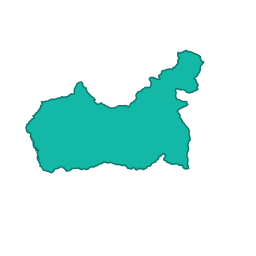 Quan Son, Thanh Hóa, Vietnam, rotated 336°
{"feature_id": "81297802B81765499113898", "entity_name": "Quan Son", "entity_type": "district", "adm_level": 2, "iso_a3": "VNM", "parent_name": "Vietnam", "parent_adm1": "Thanh Hóa", "projection": "orthographic", "projection_center": [104.801, 20.254], "detail": "fine", "context": "isolated", "style": "filled", "palette": "teal", "viewbox_px": 256, "rotation_deg": 336, "n_neighbors": 0, "source": "geoboundaries", "source_scale": "gbopen_adm2", "svg_char_len": 5794}
<svg xmlns="http://www.w3.org/2000/svg" viewBox="0 0 256 256"><g transform="rotate(336 128 128)"><path d="M223.1,92.2L222.1,90.5L221.2,89.3L215.6,83.3L215.4,83.1L213.4,83.0L213.4,81.9L213.2,81.1L212.1,80.7L209.1,80.9L205.3,80.6L204.9,80.2L204.8,79.4L204.1,79.7L203.2,81.5L203.1,82.5L202.9,83.0L202.9,83.8L203.5,85.1L201.7,86.0L200.9,86.6L200.3,88.0L200.4,89.2L198.1,90.0L195.6,91.7L193.8,91.1L193.1,92.1L191.8,92.4L191.3,91.6L189.3,90.7L188.5,90.8L187.2,90.2L185.7,90.5L183.5,89.9L182.3,89.9L181.7,90.2L181.1,91.3L180.4,92.1L179.9,92.3L177.9,92.4L177.3,92.9L177.0,93.7L177.4,95.9L176.9,96.3L175.9,96.1L175.2,95.6L174.0,94.7L172.7,93.1L171.6,92.1L170.0,91.5L169.3,91.0L168.8,91.0L167.7,91.6L167.3,92.4L167.8,95.2L167.6,96.2L166.2,98.3L165.0,99.7L163.6,99.5L160.0,97.9L159.2,98.3L156.0,98.8L155.1,99.8L152.8,99.0L151.5,99.3L149.6,100.4L148.5,101.4L148.2,103.0L148.3,103.9L146.6,105.2L145.0,105.9L144.4,105.9L143.3,106.7L142.0,106.4L140.8,106.6L138.9,108.1L137.1,108.9L136.3,107.7L134.5,106.3L133.0,106.1L130.5,104.7L128.4,103.9L125.1,104.2L123.3,103.9L121.1,103.2L119.8,102.4L119.1,101.6L117.9,100.0L117.7,99.4L116.7,98.9L115.8,97.2L114.9,96.5L113.6,94.1L112.2,94.4L109.6,94.0L108.8,92.1L108.1,90.9L107.9,89.9L108.2,89.3L109.1,89.1L109.5,88.7L109.0,88.0L109.0,86.8L107.1,83.6L106.1,80.3L105.2,78.6L105.5,77.6L105.5,76.1L105.2,75.5L105.5,75.0L106.0,74.7L104.5,72.7L104.1,71.5L104.3,69.6L104.7,68.6L104.4,67.5L103.6,66.8L101.3,66.5L99.1,67.0L97.4,68.8L96.6,69.2L95.9,70.0L94.8,70.8L94.1,71.7L93.9,72.9L93.4,73.7L93.3,74.2L92.2,74.9L91.5,74.8L89.8,73.6L88.8,74.2L87.3,74.1L86.2,74.8L85.5,74.9L83.0,74.0L81.7,73.8L81.0,73.0L80.1,72.5L78.8,72.9L75.8,72.2L73.0,72.2L69.9,70.6L69.0,70.9L67.9,70.5L66.5,70.9L65.0,70.7L63.9,70.0L62.6,70.2L59.7,68.9L59.2,71.5L58.8,72.0L57.5,72.0L56.8,73.0L56.5,73.9L55.3,74.3L54.6,75.3L53.5,75.3L51.9,76.7L49.7,77.0L48.9,77.8L46.1,78.5L46.8,79.9L45.9,80.6L45.0,81.0L44.2,80.7L43.4,81.0L42.7,81.5L40.2,82.1L39.6,82.8L39.4,83.6L37.0,83.7L36.2,85.1L35.2,85.7L34.7,87.1L34.7,88.3L34.2,89.6L34.5,90.4L34.5,91.2L35.0,91.7L35.7,91.6L35.9,92.4L36.8,93.2L36.6,94.0L36.0,95.2L36.0,96.0L35.4,96.2L35.3,96.5L35.6,97.1L35.5,97.6L35.8,97.8L35.3,98.4L35.2,99.2L35.7,99.9L35.6,100.2L36.1,100.4L36.3,101.9L35.9,101.9L35.9,102.2L35.2,102.7L35.2,103.5L35.6,103.6L35.7,104.3L34.9,104.5L34.3,105.4L34.6,105.7L34.4,106.0L34.5,107.1L34.8,107.6L34.5,107.8L35.0,108.2L34.9,108.5L35.4,108.6L35.1,109.4L35.5,109.7L35.3,110.1L36.2,109.6L36.4,109.9L36.4,110.5L35.6,111.0L36.6,111.1L36.7,111.5L37.2,112.2L36.3,112.6L35.6,112.6L35.1,113.0L35.1,114.0L34.7,114.6L34.8,115.2L34.5,115.9L34.5,117.4L34.0,117.2L33.9,117.6L33.2,117.8L34.1,119.6L32.9,119.4L32.6,119.6L33.0,121.9L32.8,123.3L33.2,124.0L32.8,125.9L32.1,127.1L33.3,128.5L33.5,130.1L33.3,130.8L33.9,132.4L35.2,133.2L35.7,133.8L38.3,135.8L38.8,136.6L39.9,137.7L40.8,137.7L42.8,136.9L43.7,136.0L45.2,135.6L46.3,136.2L48.5,136.4L49.9,136.0L50.5,136.0L51.5,136.3L52.3,137.4L52.4,138.0L53.4,138.4L53.4,139.6L53.9,140.2L54.0,142.1L55.9,142.9L57.1,142.8L57.6,143.0L58.9,142.9L59.6,142.4L60.5,142.2L61.2,142.7L63.6,143.4L65.3,144.3L66.6,144.5L67.4,145.1L67.4,145.9L68.3,146.8L70.1,147.3L71.3,147.0L72.1,147.6L72.6,148.7L72.9,148.9L73.9,149.2L75.4,149.1L77.0,148.4L78.0,148.3L79.4,149.0L80.0,149.1L80.8,149.7L82.2,149.7L82.8,149.5L85.1,149.8L86.2,149.6L87.2,149.0L88.5,149.6L90.1,149.8L91.2,149.2L93.6,150.0L94.0,150.3L94.3,151.0L95.3,151.7L97.9,152.3L98.8,152.7L99.4,153.7L101.7,156.0L102.7,156.0L103.1,156.8L103.9,157.5L105.5,158.0L107.4,159.7L107.8,159.7L108.1,160.4L109.6,160.5L110.3,160.9L110.6,162.0L111.2,163.1L111.3,164.4L111.7,165.1L112.5,165.2L113.4,165.9L113.9,166.6L114.8,166.9L116.0,166.5L116.3,165.9L116.5,165.9L117.5,167.0L118.0,168.3L118.2,169.3L118.4,169.5L118.8,169.8L119.5,169.7L120.8,169.1L121.2,169.3L121.9,170.1L122.5,169.9L123.4,170.1L124.5,171.7L125.8,172.4L126.8,172.0L129.0,171.9L129.6,171.3L130.9,170.8L131.9,171.7L132.9,171.5L133.5,171.6L135.1,170.1L137.5,170.0L139.0,170.2L141.7,168.9L142.5,168.9L143.8,167.9L144.2,167.1L145.1,166.8L145.6,167.0L146.8,166.9L147.4,166.2L148.6,166.1L149.9,165.5L150.3,166.0L150.5,167.5L151.1,168.0L151.0,168.9L150.3,169.6L149.1,170.1L148.2,170.6L148.0,171.1L147.9,171.9L148.0,172.3L149.4,173.3L149.5,174.7L149.9,175.3L152.6,177.7L152.5,178.1L152.8,178.5L154.3,179.3L156.7,180.1L157.1,180.0L157.9,180.2L158.3,180.9L158.9,181.5L159.6,182.9L160.6,183.3L161.0,183.7L162.6,184.0L162.7,184.4L162.3,186.7L163.1,188.0L164.0,188.9L165.0,189.1L165.4,188.9L166.3,189.5L167.0,189.5L167.1,188.2L167.7,186.9L167.1,185.9L169.4,182.3L169.9,181.1L170.3,179.7L170.3,178.3L170.6,176.8L172.7,173.9L173.8,173.3L174.3,172.7L175.2,170.6L175.9,167.4L176.7,166.9L177.0,166.1L177.8,165.2L178.6,164.8L179.7,164.5L180.0,164.1L181.0,160.5L181.3,157.8L182.5,156.4L182.9,154.2L182.8,152.7L181.5,149.1L180.9,145.7L180.3,144.9L180.6,143.4L180.2,142.4L180.3,141.4L179.9,140.5L179.6,140.2L179.9,138.9L180.6,137.9L180.8,137.2L180.5,135.9L179.9,134.5L180.0,133.4L179.7,132.8L182.2,131.6L190.9,131.3L192.2,130.8L191.8,129.0L191.8,128.5L192.2,128.1L192.1,127.7L188.8,126.1L186.8,123.9L186.5,123.3L184.2,121.3L184.3,118.9L184.6,117.7L186.4,115.4L186.3,114.2L187.2,112.1L187.9,111.6L188.4,111.7L189.0,112.6L189.8,112.8L191.2,114.4L193.2,115.0L194.8,116.1L195.6,117.3L196.0,119.0L197.3,120.1L198.7,121.1L199.6,120.8L201.4,121.5L202.4,121.4L203.7,120.8L204.7,121.3L205.9,121.4L206.9,120.9L207.6,121.0L207.9,120.0L207.3,119.1L207.6,118.2L209.2,117.8L209.7,116.5L209.2,115.8L209.2,114.2L208.8,113.7L208.9,113.2L209.4,112.7L209.6,111.7L208.3,110.5L208.3,110.2L208.9,109.3L210.5,109.2L213.0,108.2L213.8,107.2L215.7,106.2L216.7,105.3L218.2,103.6L217.9,103.1L219.9,100.6L220.5,100.2L221.4,100.0L223.9,98.7L223.9,98.2L222.4,96.8L222.2,95.8L222.4,94.5L222.7,93.8L222.6,92.5L223.1,92.2Z" fill="#14b8a6" stroke="#0f766e" stroke-width="1.5"/></g></svg>